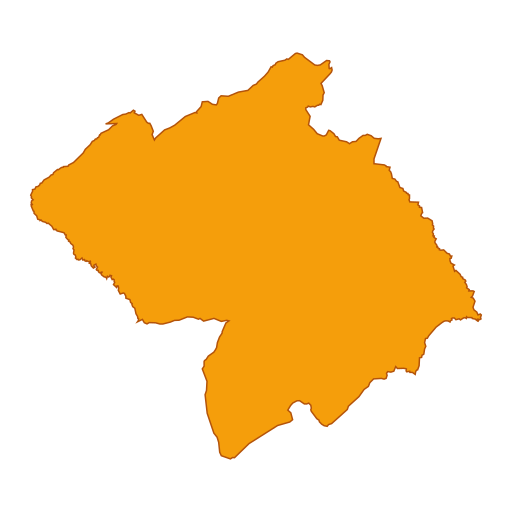 Mkushi, Central, Zambia
{"feature_id": "96606910B76461295717926", "entity_name": "Mkushi", "entity_type": "district", "adm_level": 2, "iso_a3": "ZMB", "parent_name": "Zambia", "parent_adm1": "Central", "projection": "mercator", "projection_center": [29.248, -13.765], "detail": "fine", "context": "isolated", "style": "filled", "palette": "amber", "viewbox_px": 512, "rotation_deg": 0, "n_neighbors": 0, "source": "geoboundaries", "source_scale": "gbopen_adm2", "svg_char_len": 5986}
<svg xmlns="http://www.w3.org/2000/svg" viewBox="0 0 512 512"><path d="M137.5,321.8L142.4,319.4L144.3,322.7L147.0,323.9L149.2,322.6L155.5,322.8L159.9,324.0L162.8,324.0L170.3,322.1L174.5,320.4L179.1,320.2L187.4,316.9L193.2,317.2L198.5,319.2L200.0,318.4L203.6,321.1L214.0,318.4L221.3,321.4L226.8,320.3L228.9,320.9L225.9,323.0L222.2,331.6L222.1,333.1L219.5,337.1L217.4,342.6L216.6,347.6L215.3,350.0L213.8,352.2L208.3,356.1L206.2,359.4L204.5,360.6L204.1,361.6L204.1,366.2L202.3,368.9L207.0,381.3L206.5,390.5L205.1,394.7L207.2,413.3L213.9,433.2L217.1,437.2L218.7,442.4L219.7,452.2L221.3,455.7L230.4,458.9L232.6,457.5L234.5,457.7L249.0,443.6L277.6,425.5L289.8,422.0L292.6,419.7L290.8,412.8L287.8,410.1L290.5,405.6L292.8,403.0L296.9,400.8L299.6,400.7L304.3,403.9L306.8,403.9L308.7,403.1L310.8,405.2L311.3,408.1L310.8,409.8L311.3,411.3L316.8,418.7L319.0,420.2L319.4,421.8L321.6,424.1L324.1,425.7L327.2,426.3L328.5,424.6L331.6,423.6L347.3,409.5L348.4,406.2L358.9,396.7L364.1,389.4L368.4,386.4L369.8,382.7L373.6,378.9L381.4,378.4L384.1,379.1L386.1,378.4L387.1,375.3L386.5,373.3L387.7,371.6L390.9,372.1L393.8,371.2L395.7,366.6L397.4,368.5L403.5,368.3L406.0,368.7L406.4,369.0L406.1,370.9L406.7,371.8L409.7,371.3L409.9,372.4L412.4,372.4L415.2,374.4L415.7,371.4L416.8,370.0L417.6,369.9L419.1,365.7L419.5,357.8L421.6,357.4L422.0,355.2L423.7,354.3L423.9,353.5L424.6,348.9L425.8,346.3L424.6,342.7L425.5,338.5L427.3,338.3L428.8,335.7L436.1,327.1L441.8,322.7L444.1,321.2L445.9,320.8L448.2,321.0L450.0,322.0L450.4,320.8L452.0,319.9L451.5,318.5L452.6,318.0L454.4,318.0L455.9,319.7L459.2,318.8L460.5,319.9L463.6,317.9L465.1,317.7L466.3,318.4L466.6,316.8L467.4,317.5L471.9,317.6L472.3,318.5L475.6,319.2L476.3,320.1L477.2,319.4L477.5,321.0L478.1,321.2L478.8,319.3L479.6,319.7L481.0,318.9L480.5,317.6L481.3,315.0L480.3,314.0L478.0,314.9L476.8,312.1L473.9,309.8L473.0,307.2L475.0,301.2L473.2,298.1L471.2,297.3L472.5,296.0L474.2,291.5L473.1,290.9L468.8,290.9L469.2,289.6L466.6,287.8L467.1,286.7L466.4,284.5L464.8,282.3L465.8,281.2L465.4,280.1L462.7,278.6L462.7,277.3L461.1,276.6L460.1,274.3L455.9,270.4L454.6,271.3L453.0,266.1L454.4,265.0L451.0,263.2L450.0,260.8L449.9,258.5L451.2,258.2L451.8,256.1L450.5,256.1L449.4,254.0L447.1,253.3L443.7,249.9L440.8,250.2L439.3,249.7L439.5,248.7L438.0,248.0L437.6,246.8L436.8,246.9L436.9,245.3L434.9,242.6L434.9,241.2L436.2,238.8L434.0,237.5L434.3,236.0L433.0,235.8L433.4,233.9L432.4,232.3L432.8,230.7L434.1,229.0L433.4,228.1L433.6,226.1L432.4,225.0L432.7,223.9L432.1,220.8L427.7,218.1L423.8,218.2L420.8,215.8L421.8,213.2L422.6,212.7L421.6,207.5L419.5,207.3L419.6,206.1L417.9,204.8L418.5,202.2L409.8,201.9L409.0,199.7L409.5,198.6L409.5,195.0L408.2,194.7L408.0,193.5L406.5,193.2L406.3,192.4L403.6,191.0L402.9,188.5L399.9,187.5L397.8,181.8L396.5,181.3L394.9,179.1L392.3,178.4L391.4,173.7L390.6,171.7L389.2,170.3L390.0,167.2L386.3,166.6L386.0,165.8L384.2,164.9L374.0,163.7L374.0,158.9L381.0,138.4L378.4,138.8L374.2,138.3L371.1,135.7L367.2,134.3L365.3,135.4L363.1,135.4L359.0,138.3L356.1,141.4L352.4,141.8L349.5,143.7L346.6,141.8L339.3,140.2L337.3,136.8L335.5,136.5L333.9,133.7L330.1,130.7L328.7,130.3L326.3,134.9L324.3,136.0L322.7,136.0L317.2,133.7L313.6,129.3L308.5,124.8L310.1,116.3L305.8,109.6L305.8,107.8L307.6,107.1L308.2,106.1L310.3,106.9L312.9,106.4L314.8,106.9L317.4,105.3L318.8,105.2L319.5,104.3L320.9,104.6L322.8,100.3L323.0,95.1L324.2,92.7L322.2,85.7L321.0,83.4L330.0,73.8L331.5,71.9L332.1,70.0L331.6,67.6L329.9,68.7L329.2,68.5L328.9,64.4L330.0,61.9L329.5,60.8L326.6,60.5L320.3,64.9L317.5,65.4L314.8,65.0L304.5,57.3L302.4,54.8L297.1,53.1L295.4,53.5L288.3,59.4L286.8,58.9L285.0,60.2L278.1,61.7L275.8,63.3L275.3,64.7L273.1,65.6L272.3,67.1L271.1,66.8L268.1,72.1L264.5,76.2L258.0,82.0L256.4,84.1L253.2,85.4L247.9,90.4L238.4,92.1L228.3,96.3L221.1,95.8L218.7,98.0L217.4,103.4L216.3,104.9L212.4,104.3L208.0,101.4L202.3,101.8L201.1,106.6L196.5,111.7L196.8,112.9L195.0,112.5L185.3,116.5L174.7,125.2L169.8,127.9L164.6,129.9L155.7,137.9L154.4,140.0L152.1,134.6L153.3,131.3L151.2,125.9L149.8,123.3L148.4,123.3L146.8,122.2L141.8,114.4L138.8,115.3L134.2,112.8L135.0,111.2L133.4,110.2L130.2,112.9L129.0,112.6L125.7,114.1L122.8,114.5L113.5,119.2L108.3,122.9L105.6,123.9L116.7,123.5L116.1,124.4L112.5,125.9L108.7,129.7L101.0,133.3L100.1,135.0L99.6,134.9L98.6,137.4L97.5,137.7L96.6,139.0L95.4,139.0L94.3,140.5L92.3,141.4L90.2,144.7L85.3,149.3L83.2,153.0L73.5,162.5L68.7,165.0L68.0,166.3L63.4,166.6L63.2,167.3L61.4,167.5L58.4,169.7L57.5,169.5L53.6,172.7L52.9,174.5L51.1,175.0L49.1,177.2L44.1,179.9L41.7,183.1L40.3,183.3L39.7,184.9L38.1,186.4L35.9,186.9L34.9,189.1L32.5,189.6L32.6,191.2L30.7,195.2L31.5,196.5L31.3,197.8L33.1,199.8L31.6,200.9L31.2,203.0L32.2,204.4L31.2,204.6L31.6,205.6L31.2,205.9L33.3,211.0L34.0,211.3L34.1,213.4L36.7,215.8L37.7,219.2L40.1,219.9L40.1,220.5L41.2,220.1L42.3,221.4L45.6,222.3L47.0,223.5L48.3,223.2L51.9,226.3L53.7,229.6L55.6,229.3L55.5,229.8L56.5,230.0L57.0,230.9L64.0,232.7L65.3,235.0L66.2,235.0L65.9,237.4L67.9,239.7L68.9,240.1L68.6,241.2L70.1,242.0L70.7,243.4L73.0,245.3L73.5,247.0L73.0,248.7L74.0,249.9L73.5,253.2L73.9,254.3L75.3,255.1L75.9,257.2L75.4,258.0L77.1,259.6L78.0,259.2L78.7,260.0L79.9,259.8L82.0,258.0L82.9,260.1L85.0,259.3L84.4,260.0L85.1,261.0L86.3,261.3L86.7,260.7L88.6,261.7L90.3,261.2L90.5,262.0L89.4,263.2L90.7,263.7L91.3,265.9L93.4,268.1L95.0,267.1L94.0,266.2L93.9,265.2L95.9,264.1L96.3,265.7L97.6,267.1L96.3,269.3L96.6,270.1L98.3,270.4L98.3,271.5L99.4,272.7L100.4,272.9L101.2,272.1L102.0,272.2L101.0,273.7L101.6,274.9L104.3,277.0L105.1,276.9L106.3,277.7L106.7,278.6L107.4,276.3L108.5,277.0L109.5,276.5L110.0,275.3L111.5,275.7L111.0,277.3L112.2,279.6L113.2,279.1L114.2,279.8L114.1,281.2L114.7,282.3L113.5,284.6L116.6,287.5L117.1,285.8L118.2,286.0L118.7,288.2L118.3,290.3L120.2,294.0L123.3,293.0L124.4,293.4L125.8,296.1L125.9,298.2L129.9,299.6L130.6,302.4L132.1,303.6L131.9,304.4L132.7,306.6L134.8,308.2L136.0,313.8L137.5,316.3L137.9,318.4L138.5,318.6L138.5,320.3L137.5,321.8Z" fill="#f59e0b" stroke="#b45309" stroke-width="1.5"/></svg>